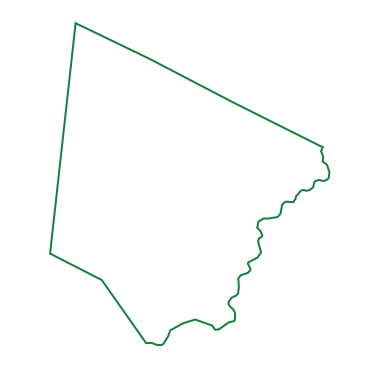 the district of Starr, Texas, United States of America, rotated 276°
{"feature_id": "52423323B3441852728971", "entity_name": "Starr", "entity_type": "district", "adm_level": 2, "iso_a3": "USA", "parent_name": "United States of America", "parent_adm1": "Texas", "projection": "equal_earth", "projection_center": [-98.863, 26.511], "detail": "fine", "context": "isolated", "style": "outline", "palette": "green", "viewbox_px": 384, "rotation_deg": 276, "n_neighbors": 0, "source": "geoboundaries", "source_scale": "gbopen_adm2", "svg_char_len": 1038}
<svg xmlns="http://www.w3.org/2000/svg" viewBox="0 0 384 384"><g transform="rotate(276 192 192)"><path d="M37.0,162.1L37.7,167.8L36.3,172.8L36.5,177.5L38.0,179.5L46.4,183.5L52.2,184.9L60.6,197.1L65.5,208.5L61.3,225.9L57.3,229.6L58.4,233.4L66.3,242.3L67.8,246.8L69.0,248.0L76.3,247.5L79.5,245.3L82.4,241.4L84.7,239.9L87.2,240.3L91.0,242.4L93.6,246.8L96.1,248.5L102.6,248.5L110.9,247.1L114.3,249.2L117.3,255.9L120.3,258.2L121.9,258.0L126.5,255.1L127.9,255.3L133.6,263.9L139.0,267.0L149.8,262.9L152.8,263.4L154.9,266.1L156.2,266.5L160.3,264.2L163.3,260.6L169.6,261.2L173.0,265.8L173.7,271.2L176.1,279.8L179.7,282.3L188.8,283.0L191.0,284.7L192.3,286.8L192.4,293.8L196.3,295.8L198.3,295.8L204.9,300.3L205.7,303.0L205.1,305.6L206.3,308.9L209.4,312.1L213.7,312.4L215.9,313.6L217.2,317.1L216.7,322.0L218.1,324.7L220.3,326.5L225.8,326.7L233.2,323.4L235.9,318.7L240.8,318.8L246.0,316.1L250.4,317.4L251.1,314.8L285.2,224.0L320.0,135.8L347.7,58.6L310.4,58.4L115.9,57.3L95.0,111.5L37.0,162.1Z" fill="none" stroke="#15803d" stroke-width="2"/></g></svg>